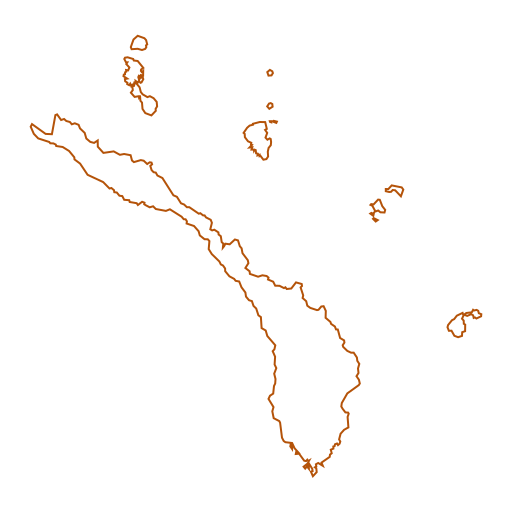 the district of Namatanai District, New Ireland, Papua New Guinea
{"feature_id": "67681753B4611744074236", "entity_name": "Namatanai District", "entity_type": "district", "adm_level": 2, "iso_a3": "PNG", "parent_name": "Papua New Guinea", "parent_adm1": "New Ireland", "projection": "albers", "projection_center": [152.429, -3.72], "detail": "fine", "context": "isolated", "style": "outline", "palette": "amber", "viewbox_px": 512, "rotation_deg": 0, "n_neighbors": 0, "source": "geoboundaries", "source_scale": "gbopen_adm2", "svg_char_len": 6022}
<svg xmlns="http://www.w3.org/2000/svg" viewBox="0 0 512 512"><path d="M30.7,126.7L33.8,133.8L38.2,138.4L49.3,142.0L50.3,143.3L53.4,143.4L55.8,144.6L56.2,146.0L62.7,147.0L69.1,151.0L74.3,157.3L74.5,159.4L80.1,163.6L87.6,174.8L103.2,182.1L109.5,188.5L111.4,188.0L114.0,190.2L114.3,192.2L116.8,192.5L119.4,195.7L122.3,196.1L124.2,199.8L129.2,200.2L129.7,202.0L136.7,203.2L137.9,205.0L142.1,201.8L144.5,202.7L144.2,204.2L145.5,205.1L149.7,207.3L153.1,206.3L155.8,209.0L165.9,210.9L169.9,209.3L181.6,216.7L183.7,219.2L185.6,219.3L186.9,221.3L186.6,223.5L194.0,226.0L198.6,231.2L199.8,235.4L204.5,239.2L207.8,239.3L209.4,241.1L208.7,249.1L211.8,254.1L219.4,261.5L220.8,264.4L223.0,265.5L225.1,268.5L225.2,271.2L229.4,276.3L234.2,278.9L235.6,280.8L239.2,281.5L241.5,287.3L245.4,292.5L246.0,296.6L249.0,300.2L251.9,301.1L253.5,305.9L256.2,308.5L258.4,315.3L260.9,317.1L261.6,328.1L265.7,330.5L267.3,336.0L275.3,345.3L274.4,349.3L272.7,351.2L275.1,356.7L274.6,364.5L276.3,368.1L274.2,373.7L275.5,379.0L275.2,383.5L274.0,386.0L273.2,393.6L270.0,395.7L268.5,398.9L273.5,407.1L272.3,411.3L273.7,418.2L279.3,421.1L280.1,422.7L282.0,437.7L283.7,441.0L285.4,442.2L292.1,443.0L294.6,448.3L298.2,452.3L296.2,452.0L295.8,454.0L299.1,453.7L304.2,460.7L306.1,461.1L307.3,459.7L308.3,461.1L309.1,460.6L308.2,462.3L312.3,468.9L312.6,471.1L310.9,471.6L312.9,476.2L316.7,472.1L316.3,468.4L314.9,467.3L316.3,466.5L315.9,464.3L318.2,463.0L322.8,465.8L321.5,462.6L329.7,456.9L330.0,454.6L331.7,453.3L330.8,449.7L333.4,448.6L333.3,446.5L334.6,446.1L335.0,444.3L337.0,443.5L338.0,445.1L339.6,443.7L340.3,441.5L339.1,439.4L340.6,433.7L344.1,429.8L348.4,427.4L347.6,416.9L348.7,413.7L348.1,412.6L345.4,412.4L342.7,408.9L341.3,406.5L341.8,403.0L347.3,393.4L358.8,385.1L359.8,383.5L358.9,379.7L356.5,376.2L358.5,373.0L358.0,368.5L359.3,363.9L357.3,360.8L356.9,357.5L353.7,352.7L351.1,352.7L347.3,350.9L343.2,346.9L342.7,345.2L344.4,342.6L344.1,340.4L340.1,338.0L337.8,329.5L336.0,329.4L334.9,326.5L331.1,323.9L330.4,321.9L325.6,317.8L325.8,310.9L323.6,306.2L321.3,306.5L318.5,309.8L317.0,310.1L310.3,307.9L307.3,305.7L306.2,301.2L302.6,298.0L303.2,295.4L300.6,287.4L302.0,286.0L301.7,284.0L296.0,282.4L291.3,288.5L286.7,289.0L285.4,287.3L284.0,288.1L279.5,285.8L275.2,285.7L273.2,281.7L268.0,279.5L268.5,277.6L266.6,276.0L262.4,275.3L258.1,276.7L249.9,273.9L249.6,271.3L245.4,268.0L248.4,263.2L247.8,260.2L242.5,253.2L241.6,248.3L239.8,246.2L238.0,240.4L234.9,239.5L229.7,244.3L225.4,243.7L224.1,246.2L222.9,247.7L223.3,243.6L221.7,242.1L220.8,236.2L218.6,234.5L218.4,232.4L214.3,229.7L212.1,230.4L210.3,229.3L211.9,222.8L210.7,219.8L206.0,217.4L204.6,215.4L203.1,215.4L200.3,213.2L198.8,213.7L189.3,207.2L186.9,207.2L184.1,204.5L181.0,203.3L176.9,196.8L173.4,195.3L162.4,178.0L157.4,175.5L155.8,172.6L153.6,172.2L151.6,170.1L150.3,165.9L152.1,164.3L151.5,162.6L149.7,162.3L147.2,164.0L143.7,160.7L140.8,160.1L133.9,162.1L132.0,160.5L130.6,155.2L124.1,154.0L119.9,154.8L113.7,151.4L103.4,152.9L97.8,146.7L97.7,140.5L94.1,142.9L90.3,141.9L86.3,138.5L84.7,132.9L80.0,128.4L78.6,124.8L74.8,123.3L71.8,124.3L69.9,122.0L66.3,121.0L64.1,119.0L61.1,120.0L57.1,114.4L55.4,115.1L51.9,134.2L45.6,133.9L32.0,124.1L30.7,126.7ZM265.2,122.1L259.8,122.0L252.9,123.8L253.0,124.7L249.6,125.6L247.1,127.8L243.6,132.9L244.7,133.9L244.9,137.2L248.0,141.3L251.3,142.8L251.0,144.5L252.0,144.9L249.5,147.5L252.3,147.2L251.5,149.6L253.8,149.6L254.0,150.8L254.6,149.7L255.7,150.1L256.1,153.3L257.8,153.7L257.5,155.4L259.6,154.7L259.6,156.2L260.5,155.9L263.4,159.7L266.4,159.1L268.1,156.5L267.8,151.7L268.6,147.9L270.8,145.2L271.1,142.0L270.7,139.0L269.7,138.4L267.4,139.7L265.5,137.6L267.2,132.9L265.1,129.9L266.8,128.9L265.2,122.1ZM127.6,57.3L125.0,57.7L124.3,59.0L126.0,62.3L127.4,62.3L126.3,64.1L129.4,67.5L128.1,70.4L126.1,70.0L126.3,71.6L125.1,72.3L125.0,74.3L123.8,74.6L123.5,76.2L127.2,78.6L124.9,79.1L125.2,81.3L127.4,82.7L127.2,84.1L129.2,85.2L130.2,83.7L131.2,86.1L132.4,84.5L133.7,84.7L134.4,82.3L135.8,82.3L135.6,80.9L137.8,82.5L138.9,80.9L140.5,82.8L141.5,82.4L143.3,79.2L142.8,77.5L140.1,77.9L139.1,79.9L138.3,77.1L138.9,75.7L140.4,76.4L141.2,74.2L140.9,76.4L143.1,75.8L143.2,70.9L141.8,72.1L140.9,70.9L141.1,69.5L143.3,67.9L137.7,61.0L133.8,60.5L133.2,59.0L127.6,57.3ZM136.2,83.2L134.6,83.5L134.0,85.9L132.3,86.3L132.8,90.1L130.9,92.7L134.6,96.9L138.9,96.2L139.1,97.9L140.1,97.0L140.4,100.7L142.0,102.6L142.5,108.9L145.3,113.1L151.4,115.4L155.8,110.8L155.6,108.9L157.1,106.4L156.7,101.9L153.6,98.2L149.9,96.2L147.4,97.1L142.6,94.3L140.8,92.0L139.6,87.3L136.2,83.2ZM465.1,331.2L465.2,324.6L463.8,323.8L463.7,320.6L462.0,318.7L463.5,315.6L462.6,312.9L456.8,315.7L454.2,319.1L452.0,320.2L448.1,325.0L447.5,327.2L448.9,330.8L451.5,330.7L454.4,335.8L458.1,337.2L462.0,335.9L462.2,332.2L465.1,331.2ZM144.4,38.2L137.7,35.8L133.5,39.5L130.8,47.1L131.6,49.2L137.7,48.8L142.0,50.0L145.2,48.9L146.3,47.2L146.0,45.4L147.2,44.4L146.1,40.1L144.4,38.2ZM382.3,206.2L379.8,199.8L378.1,199.6L373.6,204.4L371.2,204.1L370.5,204.9L372.4,205.8L375.4,211.5L378.2,210.5L380.4,212.3L384.5,212.5L385.2,209.9L382.3,206.2ZM401.7,187.4L391.7,185.4L388.3,189.1L385.8,189.0L385.8,191.2L389.2,192.0L391.1,191.8L392.7,190.0L395.2,190.3L400.9,196.3L403.3,189.6L401.7,187.4ZM474.0,310.5L473.1,309.8L471.8,312.3L466.3,313.0L464.1,314.7L467.2,315.9L471.1,314.2L473.1,315.3L473.7,317.9L474.9,317.4L476.4,318.5L481.1,316.3L481.3,314.2L478.8,313.2L478.2,310.8L476.6,309.9L474.0,310.5ZM268.5,75.6L271.5,75.4L272.9,73.1L272.3,71.3L269.9,69.9L267.3,72.1L268.5,75.6ZM269.3,108.8L272.6,106.7L272.3,104.0L270.7,103.1L269.0,103.6L267.2,106.4L269.3,108.8ZM308.8,466.3L307.0,464.0L303.6,466.7L305.2,468.6L307.0,466.4L308.9,468.8L308.8,466.3ZM373.3,215.8L374.0,212.6L373.0,213.7L371.4,212.9L370.3,213.6L373.3,215.8ZM377.7,220.1L373.7,218.1L373.0,218.8L375.7,221.5L377.7,220.1ZM292.1,449.0L292.2,446.5L290.7,444.3L290.3,446.4L292.1,449.0ZM276.9,121.6L273.6,120.8L272.4,121.4L276.3,122.9L276.9,121.6ZM271.2,122.3L271.1,121.2L269.8,121.2L270.0,121.9L271.2,122.3Z" fill="none" stroke="#b45309" stroke-width="2"/></svg>